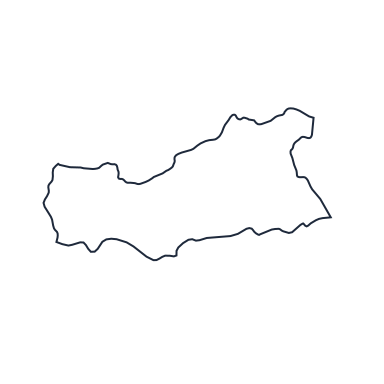 map outline of Zamora Chinchipe (Albers equal-area conic projection), rotated 60°
{"feature_id": "ECU-1269", "entity_name": "Zamora Chinchipe", "entity_type": "Province", "adm_level": 1, "iso_a3": "ECU", "parent_name": "Ecuador", "parent_adm1": "", "projection": "albers", "projection_center": [-78.963, -4.167], "detail": "fine", "context": "isolated", "style": "outline", "palette": "slate", "viewbox_px": 384, "rotation_deg": 60, "n_neighbors": 0, "source": "natural_earth", "source_scale": "10m", "svg_char_len": 3052}
<svg xmlns="http://www.w3.org/2000/svg" viewBox="0 0 384 384"><g transform="rotate(60 192 192)"><path d="M283.3,84.5L283.0,85.2L279.9,92.0L278.8,95.4L278.4,98.7L278.5,104.8L279.2,108.2L279.1,109.9L277.8,110.8L275.6,111.2L274.8,111.5L274.7,112.3L274.7,114.5L276.9,125.4L275.9,128.6L271.7,132.6L270.4,133.5L268.3,134.4L267.3,135.2L265.6,138.5L264.4,141.7L262.7,154.2L262.7,155.3L262.0,156.0L259.7,157.3L257.5,158.0L255.5,158.2L253.6,158.6L251.9,160.4L251.1,163.2L251.2,173.2L249.4,180.7L239.2,202.2L237.5,209.6L236.1,212.9L233.0,215.4L231.6,219.0L231.8,225.3L233.2,231.6L235.2,234.8L239.2,237.2L238.7,239.9L236.1,243.1L233.7,247.1L233.3,250.2L233.4,253.5L233.2,256.8L231.7,259.5L227.1,262.5L225.3,263.7L209.9,269.9L202.9,273.8L195.2,280.9L192.1,285.3L190.2,289.9L190.3,294.5L194.1,302.1L195.0,306.1L193.2,309.5L189.3,310.3L184.9,310.4L181.5,311.2L179.7,314.0L177.8,322.2L176.6,325.8L172.3,330.4L167.5,334.4L164.3,331.3L162.5,330.0L160.7,329.1L159.0,328.9L156.2,329.6L154.5,329.7L151.6,329.0L146.0,327.0L143.0,326.6L138.9,326.7L131.1,327.0L127.2,326.0L124.9,323.1L123.1,319.6L120.9,316.4L119.4,315.4L116.1,314.1L114.7,313.1L113.8,311.6L112.7,308.3L111.8,306.8L108.8,304.6L105.4,302.8L102.5,300.5L101.3,296.9L100.7,293.8L102.3,293.1L109.5,285.3L115.1,276.2L117.3,273.9L122.5,266.4L123.5,264.3L124.3,262.1L124.6,260.3L123.9,257.2L123.7,255.4L124.7,250.4L127.2,248.4L128.2,247.1L129.2,245.2L130.4,244.2L131.6,244.0L133.4,244.4L135.4,245.2L137.6,245.5L139.0,246.1L140.8,247.4L142.2,248.6L143.7,248.7L144.8,247.7L145.6,246.2L146.6,245.4L148.0,244.9L149.5,244.6L150.9,244.0L151.9,243.0L153.3,240.5L155.8,237.0L157.8,235.2L158.6,234.0L159.1,232.6L160.1,227.2L160.4,223.7L160.2,219.5L159.9,217.6L161.2,208.1L160.8,203.6L161.1,201.5L160.9,198.6L160.7,197.2L160.3,195.9L158.4,193.6L157.9,192.8L157.2,192.0L156.4,191.4L154.7,190.7L154.1,190.3L153.5,189.9L153.0,189.3L152.6,188.4L152.2,187.2L152.2,184.7L152.7,181.2L155.1,171.7L155.3,169.2L154.5,164.2L154.2,160.3L154.7,154.9L155.7,151.2L157.3,147.6L158.0,145.7L158.1,144.1L157.7,141.3L157.2,139.7L155.3,136.3L152.1,132.4L150.4,129.9L148.0,124.3L146.4,121.4L146.0,120.0L145.6,118.5L145.9,117.3L146.4,116.4L147.2,116.0L148.1,115.9L149.1,116.0L150.8,115.9L151.7,115.5L152.5,114.9L153.3,113.9L153.4,112.9L153.3,110.4L154.0,109.3L156.3,107.2L157.6,106.6L161.0,102.4L163.9,102.0L165.0,101.6L166.2,101.0L167.2,99.6L167.9,98.0L169.7,88.3L168.8,82.3L168.9,80.3L169.3,78.4L170.4,75.2L170.3,73.8L169.8,72.7L169.0,71.8L168.1,69.2L167.9,67.9L168.1,66.4L168.9,64.7L170.4,62.5L172.7,60.3L175.6,58.1L185.1,52.8L188.5,49.6L202.4,59.5L203.5,60.8L204.1,62.0L204.1,63.1L203.6,64.1L202.9,65.0L201.0,66.7L200.2,67.6L199.5,68.8L199.3,69.8L199.5,71.0L200.1,73.3L200.4,76.3L200.7,77.9L201.1,79.0L201.7,80.1L202.6,81.1L204.0,82.3L204.7,83.3L205.1,84.3L205.3,85.5L206.3,86.5L208.1,87.4L212.8,88.1L219.7,90.0L225.5,90.8L227.2,91.4L230.2,92.8L231.3,92.9L232.4,92.1L233.2,91.1L234.9,87.9L235.5,87.2L236.3,86.6L237.9,86.1L239.9,85.9L246.4,86.6L249.8,86.6L262.2,84.4L283.1,84.5L283.3,84.5Z" fill="none" stroke="#1e293b" stroke-width="2"/></g></svg>